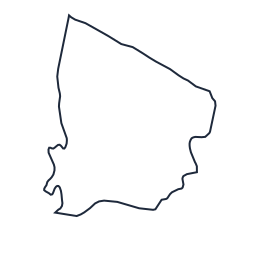 SVG path tracing the border of Coronie, rotated 12°
{"feature_id": "SUR-71", "entity_name": "Coronie", "entity_type": "District", "adm_level": 1, "iso_a3": "SUR", "parent_name": "Suriname", "parent_adm1": "", "projection": "equal_earth", "projection_center": [-56.304, 5.634], "detail": "fine", "context": "isolated", "style": "outline", "palette": "slate", "viewbox_px": 256, "rotation_deg": 12, "n_neighbors": 0, "source": "natural_earth", "source_scale": "10m", "svg_char_len": 1482}
<svg xmlns="http://www.w3.org/2000/svg" viewBox="0 0 256 256"><g transform="rotate(12 128 128)"><path d="M46.9,30.1L49.4,31.5L53.8,33.0L64.6,34.3L89.5,42.1L104.0,47.3L115.8,47.9L126.5,51.7L134.3,54.7L141.5,57.2L157.0,61.7L166.4,65.9L172.0,68.0L176.8,69.1L185.7,73.2L200.2,75.1L204.3,81.3L207.6,83.8L209.0,88.0L209.0,114.6L208.6,116.1L205.4,120.6L201.9,121.7L195.7,122.7L193.8,123.6L192.4,124.8L191.8,126.4L191.4,128.7L191.5,130.6L192.0,132.7L192.8,135.0L194.6,138.7L200.7,147.6L201.6,148.6L203.3,151.1L204.6,156.9L195.2,160.9L192.2,163.5L191.8,164.9L191.8,166.4L194.0,171.7L193.8,174.9L193.0,176.1L189.9,177.4L184.4,181.7L182.9,183.9L181.0,188.6L180.0,189.5L175.8,191.2L171.7,201.8L169.6,202.8L155.6,204.2L132.9,202.5L119.7,204.0L115.0,205.8L111.5,208.6L107.5,214.3L102.7,219.7L99.7,222.4L96.0,224.8L74.4,225.9L76.9,222.3L78.5,220.9L79.6,218.0L79.5,215.2L78.4,212.1L76.8,206.9L75.5,203.5L73.6,200.3L72.1,199.2L70.8,199.4L69.8,200.4L68.9,202.5L68.2,207.1L67.7,208.6L66.3,209.3L64.2,208.2L60.6,207.1L58.9,206.2L58.7,204.8L59.2,203.0L60.1,201.0L60.3,197.6L61.2,195.7L62.4,194.1L63.6,192.0L64.7,189.0L64.9,184.7L64.3,181.7L63.1,179.2L55.5,168.7L54.7,165.6L55.0,163.7L56.3,163.4L57.8,163.8L59.3,163.6L60.6,162.2L61.8,160.6L63.1,159.1L64.6,158.6L66.1,159.3L68.8,161.5L70.0,161.3L70.7,159.8L71.2,156.0L70.8,152.8L70.2,150.7L61.8,137.1L56.0,121.4L55.5,118.1L55.0,111.0L54.1,108.3L51.6,103.0L48.1,92.4L47.4,84.6L47.0,33.1L46.9,30.1Z" fill="none" stroke="#1e293b" stroke-width="2"/></g></svg>